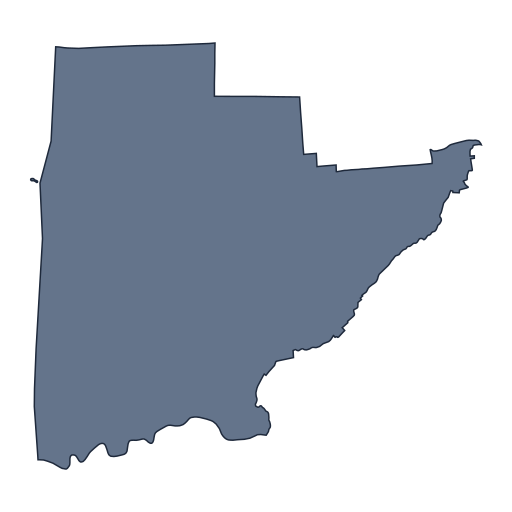 outline of Tran Van Thoi, Cà Mau, Vietnam
{"feature_id": "81297802B31922203315935", "entity_name": "Tran Van Thoi", "entity_type": "district", "adm_level": 2, "iso_a3": "VNM", "parent_name": "Vietnam", "parent_adm1": "Cà Mau", "projection": "albers", "projection_center": [104.985, 9.126], "detail": "fine", "context": "isolated", "style": "filled", "palette": "slate", "viewbox_px": 512, "rotation_deg": 0, "n_neighbors": 0, "source": "geoboundaries", "source_scale": "gbopen_adm2", "svg_char_len": 6038}
<svg xmlns="http://www.w3.org/2000/svg" viewBox="0 0 512 512"><path d="M476.6,140.4L475.3,140.2L473.2,140.4L469.1,140.2L466.4,140.5L461.6,141.7L454.6,143.5L451.2,144.5L449.5,145.3L446.7,147.6L444.3,148.9L442.1,149.6L439.2,150.3L436.8,150.9L434.7,151.0L433.2,151.0L432.6,150.7L430.8,149.5L430.2,149.7L430.5,151.6L431.3,155.0L431.9,158.0L432.2,161.0L432.1,163.5L416.4,165.0L399.4,166.1L384.3,167.4L373.4,168.2L366.9,168.8L361.9,169.0L358.8,169.4L351.2,169.8L347.0,170.3L344.4,170.4L336.9,171.7L336.3,171.6L336.1,165.0L323.6,166.0L317.0,166.6L316.3,153.4L303.7,154.4L302.8,143.5L301.8,128.3L300.6,112.4L299.6,97.0L280.5,96.8L253.9,96.4L232.9,96.4L214.4,96.3L214.4,95.8L214.4,93.5L214.4,83.4L214.6,73.4L214.8,63.4L214.8,53.3L215.0,43.0L209.1,43.5L165.5,45.2L151.1,45.4L136.5,45.7L122.0,46.3L107.5,46.9L93.1,47.6L78.6,48.4L67.7,48.0L64.2,47.7L59.1,47.0L55.7,46.8L51.1,141.1L40.0,183.1L42.5,238.5L42.2,244.1L36.1,348.7L34.5,388.6L34.3,406.5L37.8,456.1L38.0,459.8L39.9,459.8L43.6,460.0L47.6,461.2L53.0,463.2L57.6,465.9L60.2,467.4L62.2,468.4L64.1,468.7L65.3,469.0L66.3,469.0L67.4,468.3L68.3,467.1L69.2,465.9L69.7,464.8L69.9,462.8L69.9,458.7L70.2,457.0L70.8,455.8L71.8,455.0L73.3,454.9L74.9,455.2L75.9,455.9L76.9,457.2L79.0,460.7L80.0,461.6L80.7,462.0L81.8,461.9L83.2,461.4L85.0,459.6L87.1,456.6L89.3,453.1L90.6,451.6L94.4,448.1L98.6,444.6L100.1,443.8L101.7,443.4L102.8,443.4L103.7,443.7L104.6,444.3L105.6,445.8L106.9,449.4L108.0,453.0L108.8,454.7L109.7,455.5L110.8,456.2L113.9,456.5L117.0,456.1L122.0,454.9L124.1,454.3L125.6,453.4L126.3,452.5L127.0,451.1L127.7,446.3L128.0,444.5L128.2,443.5L128.9,441.9L129.3,441.1L130.1,440.6L131.4,440.3L133.5,440.2L136.2,440.3L138.9,439.9L142.1,439.1L143.1,439.0L144.0,439.0L145.1,439.5L146.5,440.4L148.3,442.1L150.2,443.2L150.9,443.3L151.8,443.2L152.5,442.5L153.0,441.8L153.6,440.1L154.1,437.1L154.6,434.6L155.1,433.4L155.6,432.7L156.9,431.5L160.3,429.4L166.2,426.1L167.9,425.4L170.3,425.2L175.0,425.9L177.6,425.9L179.9,425.7L183.0,424.6L184.8,423.3L186.7,421.5L188.7,419.2L189.9,418.1L191.2,417.5L194.5,417.0L196.6,417.0L199.8,417.4L206.7,419.1L211.2,420.6L213.2,421.6L216.2,424.1L219.4,428.6L221.5,433.8L222.8,435.8L224.4,437.6L225.6,438.6L226.8,439.3L228.4,439.9L230.4,440.1L232.9,440.2L237.6,439.7L244.3,439.3L249.9,438.2L255.4,435.7L257.4,434.7L260.8,434.5L264.5,435.0L266.2,435.2L266.9,434.1L268.2,432.0L268.6,431.0L268.8,429.6L269.3,428.7L270.0,427.7L270.3,427.0L270.4,426.1L270.4,425.0L270.1,423.4L269.6,421.6L269.0,420.5L268.8,419.8L268.9,417.5L268.6,413.9L268.4,413.3L268.0,412.4L267.3,411.8L266.8,411.5L266.3,411.3L265.9,411.1L264.2,408.7L263.5,408.0L262.9,407.7L262.5,407.5L262.2,407.1L261.8,406.5L261.4,406.0L260.9,405.8L260.4,405.8L260.0,406.0L259.0,406.9L258.4,407.2L257.7,407.2L256.7,406.6L256.3,406.4L256.0,406.3L255.7,406.0L255.5,405.1L255.4,404.0L256.1,402.9L256.8,400.8L257.0,399.7L256.9,398.5L256.2,396.3L256.0,394.6L255.9,392.8L256.9,388.3L257.8,385.9L263.1,375.9L264.2,374.1L266.0,375.3L269.0,371.5L272.0,368.2L274.5,365.5L275.7,362.0L276.3,361.3L278.8,360.7L285.4,359.3L293.5,357.6L293.1,350.5L295.2,349.6L295.6,349.6L296.3,350.0L297.2,350.5L298.3,350.7L299.0,350.5L299.6,350.1L301.2,349.1L301.8,348.9L302.4,348.8L303.0,348.9L303.5,349.2L304.4,349.7L305.2,349.8L306.3,349.9L307.6,349.6L309.9,348.8L311.4,347.8L312.1,347.5L312.9,347.4L313.7,347.4L314.8,347.5L315.8,347.6L316.5,347.5L318.3,346.9L319.7,346.4L321.7,344.8L323.3,343.6L325.7,342.7L328.7,341.6L330.3,340.2L331.4,338.7L332.7,336.7L333.1,336.0L333.5,335.5L333.8,335.7L334.3,336.5L334.7,337.0L335.1,337.3L335.9,336.8L336.5,336.7L337.0,336.8L337.4,337.3L338.5,337.1L342.4,332.9L344.7,330.5L342.2,327.7L347.8,322.7L347.6,321.3L349.2,319.9L353.1,316.5L354.2,315.3L354.4,314.6L354.4,313.9L353.8,311.7L353.7,310.8L353.7,310.2L353.9,309.7L355.7,308.8L356.5,308.4L357.1,308.0L357.8,307.0L358.0,302.4L361.4,299.6L360.4,298.1L362.6,296.0L361.9,295.3L363.4,294.0L365.4,292.7L366.4,291.8L367.5,289.7L368.1,288.3L369.2,287.0L372.0,284.8L374.3,283.3L375.3,282.5L375.9,282.0L376.6,281.0L377.5,279.1L378.1,276.8L378.7,275.2L379.2,274.2L380.4,273.0L383.1,270.4L386.0,267.6L388.2,265.5L389.5,263.9L391.4,260.9L392.2,260.0L393.1,259.0L394.1,257.6L395.0,256.4L395.5,256.0L395.9,255.7L396.6,255.5L397.9,255.1L399.0,254.6L399.5,254.0L401.0,251.9L402.3,250.7L403.0,250.1L403.8,249.6L404.5,249.4L405.2,249.1L405.7,248.9L406.1,248.6L406.4,248.2L407.0,247.1L407.8,246.5L408.4,246.4L409.1,246.4L409.8,246.3L410.4,245.9L410.9,245.6L412.5,244.2L413.1,243.6L413.8,243.3L414.5,243.2L415.5,243.2L416.2,243.0L416.7,242.6L417.1,242.3L417.4,241.9L418.4,240.3L419.4,238.8L420.0,238.6L421.3,238.5L422.2,238.6L422.8,238.9L423.7,239.7L424.3,239.6L424.9,239.2L426.0,238.0L427.0,236.4L427.6,235.7L427.9,235.5L428.3,235.2L429.0,235.1L429.8,234.8L430.2,234.6L430.6,234.3L430.9,233.7L431.5,232.9L431.8,232.5L432.4,232.1L433.0,231.8L433.5,231.7L434.0,231.5L434.5,231.4L434.9,231.1L435.3,230.8L436.2,229.6L437.0,227.7L437.6,225.9L437.9,225.2L439.6,223.8L440.5,222.4L441.3,220.6L441.3,219.6L441.1,218.6L440.7,217.8L439.9,216.9L439.8,215.6L440.2,214.2L441.1,212.8L441.4,211.8L441.9,210.0L443.3,204.4L443.7,203.0L445.7,200.4L448.2,197.3L449.7,193.0L450.7,190.6L452.8,191.1L452.9,192.5L459.2,192.8L459.5,190.2L460.1,189.7L466.6,188.0L468.1,187.4L468.0,186.8L466.5,185.8L465.0,184.2L464.3,182.6L463.7,181.8L463.3,181.4L463.3,181.1L463.5,180.9L466.2,180.0L466.8,179.8L467.1,179.3L467.2,178.5L467.2,176.6L467.3,175.1L468.2,172.2L468.7,171.0L469.0,170.7L471.4,170.7L472.0,170.6L472.3,170.3L472.3,169.7L471.9,167.0L471.1,162.2L470.6,158.8L474.3,158.3L474.3,155.8L470.1,156.1L470.0,154.0L470.0,151.3L470.5,149.2L471.3,148.8L472.3,148.0L472.6,147.6L472.8,147.0L473.1,145.8L473.4,145.4L474.7,145.0L478.9,144.5L480.6,144.6L481.3,144.8L480.8,143.6L479.6,142.0L478.7,141.0L476.6,140.4ZM36.9,180.7L35.4,180.2L34.7,179.8L34.0,179.1L33.6,178.7L32.9,178.5L31.5,178.6L31.2,178.7L30.9,178.9L30.7,179.3L30.7,179.9L31.3,180.6L32.0,180.8L33.2,180.7L34.2,180.9L35.3,181.5L36.2,182.2L36.8,182.5L37.4,182.3L37.6,181.8L37.5,181.2L36.9,180.7Z" fill="#64748b" stroke="#1e293b" stroke-width="1.5"/></svg>